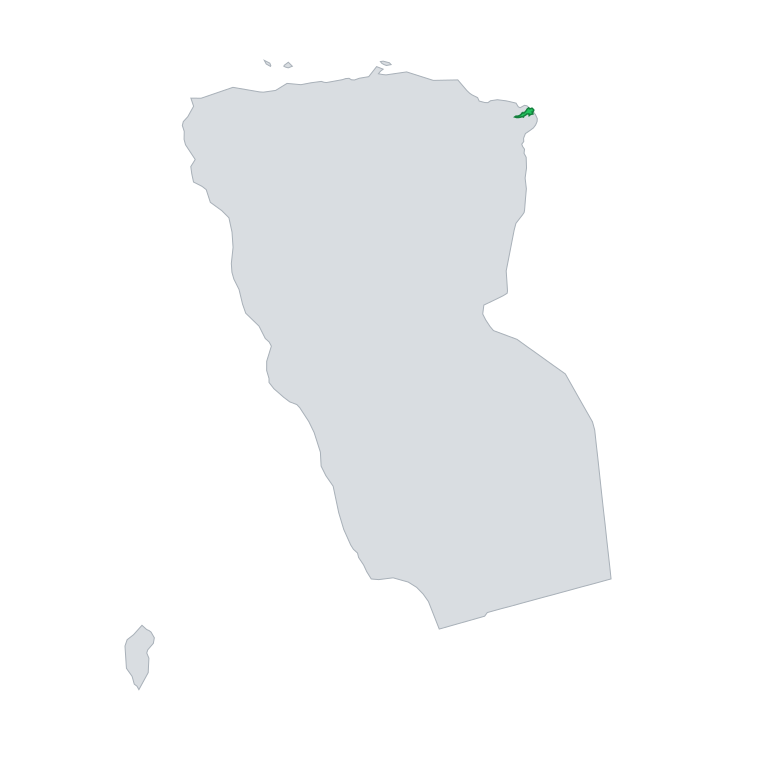 Qatabir, Sa`dah, Yemen shown in context, rotated 94°
{"feature_id": "15242507B9763756756493", "entity_name": "Qatabir", "entity_type": "district", "adm_level": 2, "iso_a3": "YEM", "parent_name": "Yemen", "parent_adm1": "Sa`dah", "projection": "equal_earth", "projection_center": [43.344, 17.33], "detail": "fine", "context": "in_parent", "style": "filled", "palette": "green", "viewbox_px": 768, "rotation_deg": 94, "n_neighbors": 0, "source": "geoboundaries", "source_scale": "gbopen_adm2", "svg_char_len": 4031}
<svg xmlns="http://www.w3.org/2000/svg" viewBox="0 0 768 768"><g transform="rotate(94 384 384)"><path d="M624.6,311.8L597.9,324.5L590.9,330.2L584.6,337.2L579.9,346.0L576.7,361.4L579.5,375.6L579.4,383.1L572.5,388.1L566.0,391.7L558.9,397.2L554.5,398.6L551.0,403.0L546.9,406.0L531.9,414.0L515.5,420.2L489.5,427.6L479.5,435.6L470.3,441.0L456.4,442.7L437.3,450.3L426.7,456.4L413.5,466.4L410.6,469.5L408.4,476.8L404.3,483.1L396.4,493.5L390.5,498.8L386.5,499.1L378.7,502.0L369.5,502.6L354.1,499.0L350.1,501.5L346.9,505.6L335.0,512.7L323.0,526.9L314.1,530.7L299.8,535.2L289.8,541.1L283.1,543.5L274.4,544.7L258.3,544.1L243.1,546.2L229.0,550.3L222.4,557.9L214.9,569.9L202.5,574.9L199.6,579.2L195.8,588.1L187.8,590.4L180.6,591.9L173.2,588.0L159.2,598.7L153.9,600.5L145.9,600.9L140.2,603.2L136.2,602.5L131.1,598.4L120.2,593.3L112.3,596.6L111.7,586.4L98.6,555.4L101.3,528.5L101.3,524.7L98.7,512.6L90.9,501.7L91.2,487.7L88.6,477.8L86.5,467.6L87.2,464.9L87.3,462.4L83.3,446.7L82.0,443.5L81.5,440.2L82.8,437.7L82.8,434.7L80.7,429.9L78.5,420.7L67.9,413.5L70.0,406.8L72.1,409.2L74.9,411.2L75.4,406.8L75.5,403.5L71.1,383.2L77.7,356.0L75.5,331.6L85.5,321.8L88.0,318.8L89.5,316.2L91.8,310.6L95.1,308.8L96.2,303.0L96.1,300.0L94.0,297.5L92.5,290.7L93.0,282.1L93.5,278.5L94.6,271.9L98.1,269.4L98.9,267.5L96.2,263.3L96.5,260.8L102.4,253.8L104.7,251.7L108.6,249.6L111.5,249.6L115.0,250.8L118.1,252.8L121.1,256.3L124.3,260.4L129.1,261.9L132.4,261.5L135.1,263.3L137.4,262.3L140.0,260.2L144.1,260.4L147.9,258.0L158.5,256.9L168.7,257.6L179.3,255.6L190.0,255.8L200.7,255.9L203.1,256.2L205.4,257.5L214.5,263.6L221.4,264.9L235.2,266.6L249.9,268.4L262.7,270.0L273.5,268.5L282.5,267.3L284.9,267.5L287.7,271.4L293.2,280.9L298.3,289.9L307.3,290.4L313.0,287.0L319.3,282.2L323.1,278.5L327.4,263.9L330.2,254.4L336.8,243.8L342.2,234.9L349.5,223.1L353.5,216.6L361.3,203.8L368.9,198.8L383.6,189.1L397.9,179.6L407.2,173.4L415.2,170.6L428.6,168.2L444.3,165.3L460.0,162.5L476.8,159.5L495.5,156.1L508.3,153.7L524.6,150.8L538.2,148.3L550.2,146.1L562.6,143.9L565.1,151.0L567.6,158.1L570.1,165.3L572.5,172.4L575.0,179.5L577.5,186.6L580.0,193.8L582.5,200.9L584.9,208.0L587.4,215.2L589.9,222.3L592.4,229.5L594.9,236.6L597.4,243.7L599.8,250.9L602.3,258.0L604.8,265.0L608.6,267.4L611.0,274.0L614.4,283.4L617.8,292.9L621.2,302.3L624.6,311.8ZM665.6,601.1L668.9,601.9L673.9,599.4L688.4,599.1L706.0,607.2L702.7,609.3L700.8,612.2L693.2,614.9L685.6,621.1L663.5,624.1L657.0,622.4L651.6,616.4L641.6,608.6L645.5,603.6L646.3,601.3L647.7,599.1L653.2,595.4L658.8,596.0L665.6,601.1ZM74.7,504.5L74.0,506.1L73.0,505.7L69.7,501.9L73.4,497.6L75.3,501.6L74.7,504.5ZM64.3,408.5L62.6,410.1L62.0,407.3L63.2,401.0L64.9,399.2L66.1,403.8L65.3,406.4L64.3,408.5ZM73.0,523.8L69.5,526.0L71.9,520.3L74.4,519.1L75.1,519.4L73.0,523.8Z" fill="#d9dde1" stroke="#a8b0b8" stroke-width="1"/><path d="M108.8,268.8L108.8,268.6L108.5,267.2L108.3,266.5L108.3,266.3L108.1,265.9L107.9,265.8L107.8,265.7L107.8,265.4L107.8,264.0L107.8,263.9L108.0,263.6L107.9,263.5L107.8,263.4L107.7,263.4L107.2,263.5L106.7,262.9L106.6,262.6L106.3,262.2L106.1,262.0L106.0,261.8L105.9,261.7L105.7,261.4L105.6,261.2L104.9,260.7L104.6,260.3L104.6,259.9L104.6,259.7L104.5,258.9L104.5,258.6L104.4,258.3L106.1,257.9L105.8,257.6L105.4,257.2L105.0,256.6L104.7,256.0L104.3,254.5L104.3,254.3L104.2,254.3L103.8,254.4L103.7,254.5L103.4,254.6L103.2,254.6L102.8,254.6L102.7,254.9L102.6,255.0L102.6,254.9L102.3,254.8L102.2,254.8L102.0,254.3L101.8,254.3L101.6,254.2L101.3,254.1L100.4,253.8L100.3,253.7L100.1,253.7L99.9,253.8L100.0,253.8L99.3,254.6L98.5,255.6L99.4,257.8L98.9,258.5L98.4,258.9L99.0,259.6L99.4,260.0L100.1,260.6L100.7,260.8L101.0,260.9L101.9,261.6L103.7,263.0L103.7,263.3L104.1,264.5L104.2,264.8L103.9,264.8L104.0,264.9L104.1,265.1L104.2,265.3L104.3,265.3L104.4,265.6L104.5,265.6L104.8,265.7L105.3,265.8L105.5,266.1L105.8,266.4L106.5,267.2L106.6,267.3L106.9,267.9L107.1,268.2L107.1,268.3L107.2,268.5L107.5,269.7L107.5,270.2L107.6,270.4L107.6,271.1L108.5,272.2L108.9,270.4L108.8,268.8Z" fill="#22c55e" stroke="#15803d" stroke-width="1.5"/></g></svg>